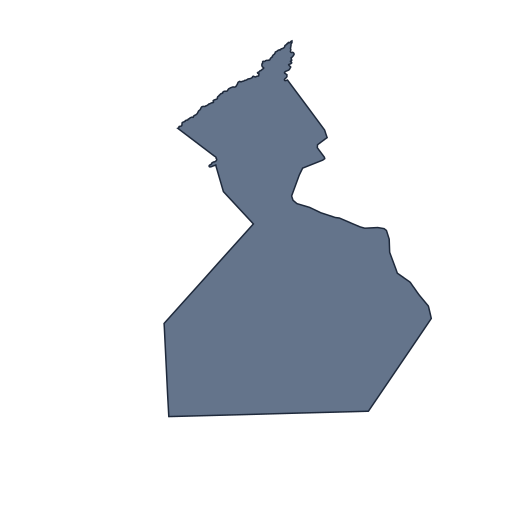 outline of Mongu, Western, Zambia, rotated 68°
{"feature_id": "96606910B8342530541372", "entity_name": "Mongu", "entity_type": "district", "adm_level": 2, "iso_a3": "ZMB", "parent_name": "Zambia", "parent_adm1": "Western", "projection": "equal_earth", "projection_center": [23.028, -15.443], "detail": "fine", "context": "isolated", "style": "filled", "palette": "slate", "viewbox_px": 512, "rotation_deg": 68, "n_neighbors": 0, "source": "geoboundaries", "source_scale": "gbopen_adm2", "svg_char_len": 5616}
<svg xmlns="http://www.w3.org/2000/svg" viewBox="0 0 512 512"><g transform="rotate(68 256 256)"><path d="M108.3,280.7L116.7,275.7L143.4,259.8L147.7,257.2L148.8,256.4L149.7,256.1L150.4,256.3L150.5,256.4L151.1,256.2L151.7,256.2L152.2,256.5L152.7,257.2L153.0,257.8L153.1,258.3L153.1,258.7L153.2,259.1L153.0,259.8L152.9,260.3L153.0,260.9L153.1,261.4L153.1,261.7L153.2,262.1L153.5,262.4L153.8,262.7L154.0,262.9L154.1,263.2L154.2,263.6L154.2,263.9L154.3,264.5L154.3,264.9L154.6,265.5L154.8,265.7L155.2,265.8L155.5,265.9L155.9,265.7L156.0,265.6L156.2,265.2L156.4,264.5L156.5,263.7L156.5,263.1L156.4,262.5L156.5,262.0L156.5,261.3L156.6,260.7L156.6,260.2L156.5,259.7L156.5,259.4L156.6,259.1L157.6,259.4L158.5,259.5L184.1,262.1L225.3,246.4L248.2,293.3L254.0,305.0L260.2,317.6L279.3,356.7L284.1,366.5L288.0,367.8L350.6,389.6L372.2,397.0L372.3,396.8L375.0,389.6L397.6,329.1L416.0,279.6L436.5,224.8L442.0,210.0L442.0,209.9L397.9,144.1L383.4,122.5L379.6,116.9L375.5,116.2L367.6,115.0L367.2,115.0L366.8,115.0L366.7,115.0L364.6,115.7L362.1,116.5L360.2,117.1L358.4,117.7L354.6,118.9L352.6,119.5L349.3,120.3L344.4,121.4L343.4,121.7L338.4,122.8L338.0,123.0L337.5,123.2L336.3,124.0L332.5,126.5L327.0,130.0L324.9,131.4L320.9,131.2L302.7,130.7L290.3,126.2L281.2,125.5L278.6,127.0L275.2,132.5L271.0,144.7L267.9,148.7L261.9,154.7L252.0,164.5L250.0,168.1L242.2,177.3L240.2,179.7L231.0,188.1L222.8,198.4L218.2,200.8L213.7,200.5L197.1,185.5L192.6,180.5L192.0,179.9L192.1,158.2L191.5,155.8L190.0,155.6L178.6,158.6L175.9,157.3L173.5,148.3L172.9,145.7L169.1,145.5L164.9,145.2L139.3,151.8L105.0,160.8L104.6,160.9L104.6,161.4L104.6,162.1L104.5,162.7L104.3,163.4L103.8,163.7L103.1,163.6L102.6,163.0L102.1,161.6L101.7,160.7L101.1,160.0L100.6,159.8L100.1,159.8L99.8,159.6L99.6,159.4L99.1,159.7L98.3,160.2L97.8,160.4L97.4,160.9L96.8,161.0L96.3,160.6L96.1,160.0L95.9,159.2L95.9,158.2L95.9,157.2L95.9,156.5L95.8,155.7L95.3,154.8L94.9,154.4L94.3,153.6L93.9,153.1L93.7,153.0L93.0,153.3L92.1,153.8L91.4,154.0L90.9,154.1L90.7,153.8L90.7,153.3L90.8,152.3L90.7,151.4L90.3,150.5L89.5,150.6L89.0,151.0L88.6,151.2L88.3,151.1L88.2,150.7L88.2,150.4L88.2,149.9L88.0,149.6L87.7,149.4L87.5,149.5L87.0,149.7L86.7,149.5L86.3,149.3L85.6,149.3L85.3,149.1L85.3,148.3L84.8,147.4L84.5,146.7L84.0,146.0L83.5,145.3L83.0,145.0L82.3,145.0L81.6,145.1L80.9,145.7L80.7,146.1L80.7,146.4L80.8,146.6L80.5,147.0L80.2,147.4L79.4,147.6L78.7,147.1L78.4,146.9L78.1,146.6L77.6,146.4L77.3,146.3L77.0,146.4L76.4,146.3L75.9,146.0L75.6,145.7L75.0,145.3L74.3,145.0L74.0,144.7L73.5,144.5L72.9,144.3L72.4,143.9L72.2,143.5L71.7,142.8L71.2,142.5L70.6,142.3L70.0,142.1L70.0,142.4L70.1,143.2L70.4,143.5L70.4,143.8L70.6,144.1L70.8,144.9L70.6,145.4L70.2,145.6L70.2,146.7L70.6,145.9L70.6,146.6L70.7,147.0L70.7,147.5L70.9,147.5L71.2,148.1L71.4,148.9L71.5,149.4L71.5,149.5L71.7,150.3L71.9,150.5L72.1,150.6L72.6,150.9L72.6,151.0L73.0,151.4L73.3,151.9L73.5,152.7L73.5,154.5L73.4,154.8L73.5,155.0L73.5,155.4L73.5,155.5L73.8,155.8L74.0,156.1L74.0,156.8L73.6,157.0L73.5,158.3L73.9,159.5L74.0,160.0L74.1,160.8L74.1,161.6L74.8,162.2L75.2,162.5L75.3,162.8L75.7,163.2L76.2,165.1L76.5,165.4L76.8,165.9L77.1,166.2L77.4,166.2L77.4,166.6L77.8,167.1L77.9,167.8L77.9,168.0L78.4,168.9L78.8,169.1L79.3,169.7L79.4,170.6L79.4,170.8L79.3,171.0L79.0,171.2L79.0,171.3L79.0,171.6L78.9,172.2L78.6,172.7L78.5,173.2L78.5,174.1L78.7,174.6L78.8,174.9L78.8,175.3L78.7,175.5L78.1,176.4L78.4,177.1L79.0,177.4L79.6,177.5L80.2,178.6L81.9,179.3L82.1,179.3L82.5,179.2L83.1,179.2L83.6,178.8L84.6,178.4L85.0,178.9L85.2,180.3L85.4,180.6L85.9,181.8L85.7,182.5L85.9,183.3L86.4,183.8L86.4,185.2L86.7,186.0L87.4,185.9L87.5,185.7L88.3,185.0L89.2,185.6L90.0,186.1L90.0,186.9L89.7,187.5L89.7,188.3L89.8,189.5L89.1,190.4L88.5,190.8L88.3,191.2L88.3,191.7L88.4,192.0L88.7,192.1L89.1,192.4L89.1,192.5L89.3,193.7L89.3,195.0L89.2,195.5L89.1,195.9L88.9,196.9L88.9,197.6L89.2,198.4L89.2,199.7L89.1,200.3L88.9,200.6L89.1,201.3L89.2,202.2L88.9,203.2L88.9,203.5L89.0,203.8L88.9,204.8L88.5,205.2L88.0,205.6L88.0,206.0L88.1,206.9L88.1,207.1L88.3,207.6L88.6,207.9L88.9,208.2L89.2,208.5L89.4,208.7L90.0,209.2L90.5,210.2L90.8,210.5L91.1,210.8L91.4,211.3L91.4,211.9L91.4,212.5L91.1,213.3L90.6,213.9L90.6,214.4L90.5,216.1L90.5,216.6L90.6,216.9L90.6,217.7L90.7,218.4L90.7,218.5L91.1,219.4L91.6,220.0L91.9,220.4L92.2,221.0L92.2,221.4L92.1,221.9L91.9,222.3L91.4,223.6L91.4,224.8L91.8,225.3L91.9,225.7L92.2,226.1L92.5,226.1L92.5,226.4L92.5,227.3L92.4,227.7L92.4,228.0L92.5,228.2L93.0,229.1L93.1,229.7L93.3,229.8L93.5,230.2L93.5,230.4L93.8,231.1L94.0,231.8L94.1,232.0L94.7,232.5L94.9,232.5L95.3,232.6L95.7,233.0L95.8,234.0L95.8,234.3L95.7,235.1L95.7,236.8L95.9,237.5L96.4,237.7L96.9,237.6L97.5,237.8L97.7,238.6L97.4,239.3L97.4,240.7L97.6,241.9L97.4,242.3L97.4,242.9L97.7,243.4L98.1,245.2L98.1,246.0L98.0,246.3L98.0,246.6L98.2,246.8L98.2,247.4L97.8,248.3L97.5,248.9L97.4,249.6L97.4,250.5L97.6,250.7L97.7,251.1L98.2,251.6L98.5,252.0L98.8,252.3L99.1,252.5L99.5,253.2L99.9,254.6L100.2,255.2L100.4,255.4L101.0,256.0L101.3,256.4L101.8,256.9L102.3,258.0L102.6,259.2L102.6,260.5L103.0,261.6L103.4,261.8L103.9,262.3L103.8,262.6L103.7,262.7L103.2,263.6L103.2,264.4L103.2,265.0L103.3,265.3L103.3,265.5L103.7,266.7L103.7,267.6L104.0,268.0L104.3,268.3L104.3,268.6L104.2,269.0L104.0,269.6L104.0,270.8L104.4,271.3L104.5,271.3L104.6,271.8L104.6,272.4L104.6,272.8L104.6,273.1L104.6,273.4L104.6,274.2L104.8,274.6L105.2,274.8L105.8,275.1L106.5,275.5L107.1,275.8L107.4,276.1L107.4,276.4L107.5,277.0L107.4,277.5L107.3,277.9L107.2,278.2L107.1,278.6L107.2,278.9L107.4,279.0L107.6,279.2L108.0,279.3L108.2,279.8L108.3,280.3L108.3,280.7Z" fill="#64748b" stroke="#1e293b" stroke-width="1.5"/></g></svg>